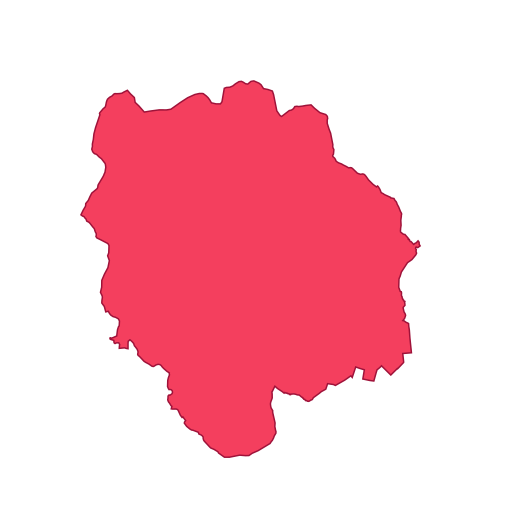 Soimi, Bihor, Romania (Albers equal-area conic projection), rotated 166°
{"feature_id": "2599482B68730254025717", "entity_name": "Soimi", "entity_type": "district", "adm_level": 2, "iso_a3": "ROU", "parent_name": "Romania", "parent_adm1": "Bihor", "projection": "albers", "projection_center": [22.142, 46.656], "detail": "fine", "context": "isolated", "style": "filled", "palette": "rose", "viewbox_px": 512, "rotation_deg": 166, "n_neighbors": 0, "source": "geoboundaries", "source_scale": "gbopen_adm2", "svg_char_len": 6122}
<svg xmlns="http://www.w3.org/2000/svg" viewBox="0 0 512 512"><g transform="rotate(166 256 256)"><path d="M209.7,421.0L211.3,423.0L215.7,426.4L217.7,426.6L218.8,426.6L222.4,424.8L224.5,425.7L226.2,427.6L227.9,429.0L230.3,429.3L234.4,428.0L237.4,426.6L240.6,426.1L244.0,426.7L246.2,426.4L251.7,413.9L253.7,412.2L258.0,413.3L262.2,415.4L263.2,418.8L264.2,421.2L265.5,423.3L267.9,426.3L269.1,426.8L271.8,427.4L276.3,427.5L284.0,426.1L292.4,423.2L303.1,419.0L307.6,419.4L314.6,421.2L323.3,422.2L329.6,422.7L333.3,429.9L336.1,434.3L335.7,439.2L338.6,443.7L340.7,447.9L344.8,447.0L346.6,446.4L349.0,446.6L352.0,447.2L353.6,447.7L354.8,447.5L357.0,446.1L359.7,445.4L362.1,444.1L363.0,443.0L363.9,441.6L365.4,438.4L366.2,437.1L368.8,435.8L372.9,432.8L373.4,432.1L373.3,430.8L380.6,419.4L383.7,413.7L385.7,408.3L387.7,404.2L388.2,401.9L389.5,399.4L389.3,397.2L389.0,396.1L388.5,395.2L388.0,394.4L386.3,393.3L385.8,392.7L384.3,390.1L382.4,387.7L380.0,382.2L380.0,380.9L380.3,378.4L382.3,373.7L383.3,372.5L384.5,370.8L385.9,369.3L391.8,363.4L392.3,362.6L393.0,360.8L393.5,360.1L394.4,359.5L400.1,356.8L402.9,353.6L405.3,350.5L408.5,348.1L409.2,345.9L409.7,345.2L412.5,342.4L415.9,338.3L414.9,337.0L414.4,336.5L414.1,336.4L413.3,335.7L412.9,334.5L412.0,332.9L411.8,330.8L410.0,329.2L409.2,327.9L407.4,323.8L406.3,321.7L406.1,318.4L405.6,316.3L406.0,314.7L406.6,313.6L406.0,312.0L402.9,309.4L396.7,303.9L396.1,301.7L398.1,294.7L399.9,292.1L399.4,287.0L402.5,280.5L407.4,275.1L411.5,269.7L413.3,263.0L415.7,258.4L414.9,254.5L415.1,252.9L416.2,250.3L417.0,247.7L415.4,243.7L415.3,238.1L412.7,238.1L412.0,235.5L411.2,233.8L409.4,231.8L407.1,230.5L404.8,228.4L404.2,226.0L405.6,221.4L406.5,220.7L408.2,218.0L410.5,212.1L414.5,211.4L416.3,211.2L416.8,211.8L417.5,211.8L417.7,211.1L417.6,210.6L417.0,210.1L414.4,208.5L414.7,206.1L414.0,205.2L413.6,205.2L412.5,205.5L410.2,205.0L409.7,203.1L410.5,201.2L411.0,199.5L405.8,198.7L404.2,197.7L402.6,197.0L401.3,202.2L400.7,204.0L400.4,204.4L399.8,204.5L399.0,205.1L398.6,205.2L398.4,205.0L397.1,203.1L395.9,200.8L395.7,198.3L395.2,197.4L394.0,194.6L393.8,193.7L393.6,192.0L393.9,190.7L394.5,189.5L394.6,189.0L394.4,188.0L393.4,186.8L390.1,180.9L388.8,179.5L386.0,177.0L383.7,174.3L382.6,173.7L382.0,173.6L379.3,174.5L377.3,174.6L376.4,174.3L375.3,173.7L374.5,172.7L373.9,171.2L372.8,169.2L370.3,165.6L368.4,163.6L368.7,162.6L368.7,161.6L370.4,159.2L371.7,156.7L373.4,150.7L373.1,148.6L372.7,147.4L371.8,147.3L370.7,146.8L370.0,145.8L369.9,145.2L370.1,143.7L370.7,142.8L371.2,142.5L373.0,141.8L373.8,141.9L374.0,142.2L374.7,141.8L375.2,141.4L375.5,140.5L375.8,139.2L376.2,138.5L376.4,137.9L376.4,136.9L376.2,135.6L375.5,134.1L374.7,131.4L374.0,130.5L375.2,128.2L374.1,127.7L370.8,126.9L370.0,126.6L369.3,125.9L368.9,125.2L367.9,119.8L366.8,117.2L365.9,117.6L364.1,113.3L365.5,112.2L366.0,111.2L364.5,107.5L362.0,104.1L361.4,103.5L360.7,102.8L359.3,102.2L354.6,98.9L354.5,97.1L352.6,95.7L352.1,95.1L351.5,94.2L351.1,93.1L351.4,91.8L351.4,90.8L351.4,90.3L351.1,89.1L347.2,82.0L346.4,80.7L343.6,78.6L340.6,75.6L340.2,75.0L340.0,73.9L335.3,68.4L330.3,67.2L320.0,66.7L314.4,64.8L311.1,64.1L307.5,65.5L301.0,66.6L287.7,70.7L286.0,72.3L284.8,73.1L282.8,75.4L282.3,76.3L281.6,77.2L279.6,79.2L279.1,80.8L279.2,82.6L279.1,83.3L279.0,85.9L277.9,89.4L277.7,99.0L277.6,100.6L277.2,101.9L278.1,104.9L278.1,106.5L277.8,109.0L277.0,110.8L275.2,113.4L274.6,114.4L274.4,115.3L273.8,117.8L273.4,120.3L272.8,120.8L269.2,125.1L268.7,124.6L268.2,123.6L266.9,121.9L263.3,118.0L261.9,116.1L261.0,116.6L260.5,116.0L259.9,115.6L259.2,115.7L258.8,115.0L258.6,114.8L257.7,114.6L257.3,114.2L257.1,113.5L256.8,113.5L256.4,113.7L255.9,113.1L255.6,113.4L255.3,113.5L252.6,113.0L250.9,112.2L249.6,111.3L247.7,110.6L247.2,110.0L245.9,108.1L245.0,107.4L245.0,106.8L244.6,106.6L244.4,106.2L244.3,105.5L243.3,105.0L243.1,104.1L242.9,103.7L241.9,103.5L241.4,102.8L240.4,102.3L239.1,102.3L238.0,102.9L237.0,102.9L236.2,103.1L235.7,103.5L234.8,104.5L234.3,104.8L227.9,107.4L225.4,108.6L220.5,109.9L217.4,114.8L212.0,112.6L210.3,111.2L199.9,114.1L192.9,116.8L192.0,114.9L186.1,124.2L182.3,121.7L178.4,119.4L182.1,110.8L175.5,107.6L171.9,106.2L167.6,113.8L166.1,116.3L164.1,117.2L161.6,118.5L160.8,119.1L154.0,107.9L146.1,112.6L145.9,112.3L138.8,116.8L138.4,117.2L137.2,125.9L128.6,124.5L126.5,139.2L125.1,147.2L124.8,150.7L124.3,153.5L124.8,154.1L126.6,155.5L128.0,157.3L129.1,157.8L127.0,159.4L126.0,160.9L125.2,162.2L125.2,163.1L125.3,164.0L125.9,166.0L125.8,169.7L125.6,170.6L123.4,172.1L123.1,173.8L123.0,175.2L122.5,175.8L122.6,176.1L123.5,176.7L123.5,177.7L124.0,178.1L124.1,178.5L124.0,179.3L124.3,179.8L124.1,181.1L124.3,181.4L124.4,182.7L123.7,185.0L123.7,186.2L124.6,186.7L125.1,191.0L122.9,198.9L122.1,200.2L121.1,201.4L118.8,205.3L110.6,212.9L105.6,214.8L100.7,218.4L99.5,219.9L99.6,221.8L98.9,223.6L99.4,224.5L98.9,225.8L98.2,225.9L97.0,225.0L94.3,226.1L94.8,227.9L94.4,229.9L95.1,231.5L97.4,230.0L98.5,229.9L100.2,229.1L102.1,232.5L102.8,232.7L103.4,234.5L103.2,234.7L103.3,235.1L104.1,235.2L104.3,235.6L104.0,236.4L106.3,240.9L107.3,241.2L107.8,241.6L109.6,243.8L109.9,244.3L109.7,245.7L109.4,246.5L108.9,248.1L107.8,250.7L106.9,255.4L106.4,256.8L105.4,259.3L105.1,260.4L104.6,261.3L104.5,262.1L105.1,264.5L105.7,269.0L106.5,272.1L106.6,273.6L106.9,274.9L107.7,276.3L108.2,278.4L111.2,279.8L111.3,280.4L116.5,284.5L117.5,285.7L119.2,287.2L119.6,290.4L119.8,291.2L120.5,293.4L121.1,294.5L122.4,293.9L125.2,297.3L128.4,302.6L129.9,306.5L130.7,308.2L131.4,309.1L132.5,309.8L134.9,310.0L137.6,311.8L141.2,317.6L142.0,318.5L143.3,319.0L144.5,319.0L145.0,319.3L146.7,321.0L149.2,323.1L150.7,324.6L153.3,326.4L154.6,327.7L155.5,329.1L155.5,330.2L156.0,331.8L157.4,334.0L157.2,335.1L156.2,336.1L155.1,339.2L154.7,340.5L155.1,342.1L155.1,343.5L154.5,345.4L153.9,357.1L154.4,361.1L154.8,367.4L154.0,370.8L153.2,372.1L153.0,374.3L154.1,376.4L159.3,379.6L163.5,385.2L166.0,389.3L171.1,390.0L174.7,390.2L178.5,390.7L180.1,391.4L182.2,391.6L184.0,389.9L186.3,389.0L188.5,389.1L197.4,385.2L198.7,386.5L200.7,391.8L199.9,408.3L200.2,412.1L204.0,414.6L208.2,416.6L209.7,421.0Z" fill="#f43f5e" stroke="#9f1239" stroke-width="1.5"/></g></svg>